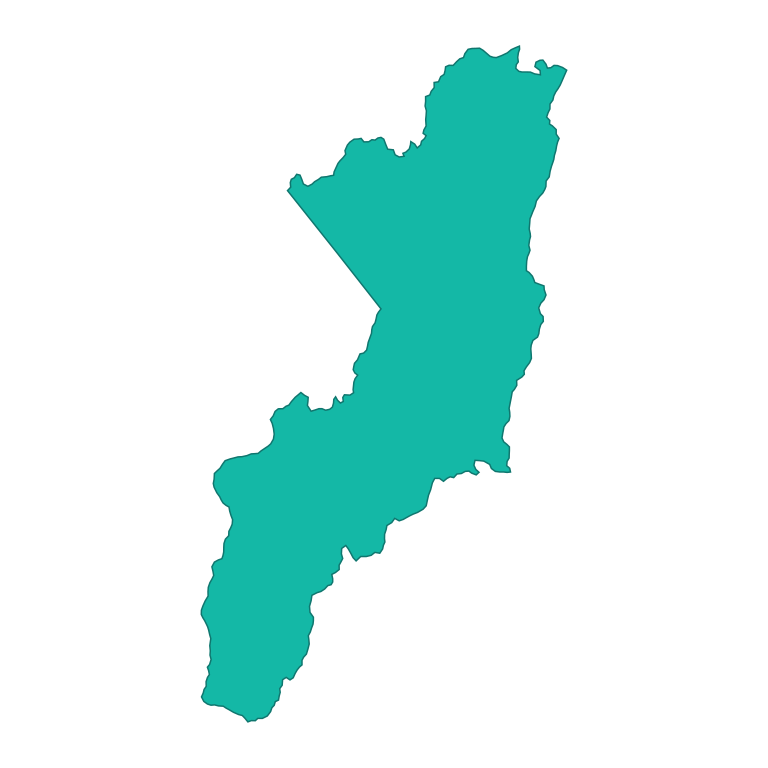 outline of Ibicuí, Bahia, Brazil
{"feature_id": "56859067B84380498054851", "entity_name": "Ibicuí", "entity_type": "district", "adm_level": 2, "iso_a3": "BRA", "parent_name": "Brazil", "parent_adm1": "Bahia", "projection": "albers", "projection_center": [-39.87, -14.661], "detail": "fine", "context": "isolated", "style": "filled", "palette": "teal", "viewbox_px": 768, "rotation_deg": 0, "n_neighbors": 0, "source": "geoboundaries", "source_scale": "gbopen_adm2", "svg_char_len": 5784}
<svg xmlns="http://www.w3.org/2000/svg" viewBox="0 0 768 768"><path d="M543.3,321.4L543.1,316.5L540.4,313.7L538.7,307.9L540.8,303.2L544.0,299.7L546.0,295.0L544.2,289.6L544.0,285.9L539.5,284.3L534.8,282.5L533.8,279.5L532.4,276.2L529.1,272.5L526.4,270.7L526.4,266.3L526.7,261.0L527.5,256.6L528.8,253.7L530.0,250.2L528.8,245.4L529.6,239.8L530.5,236.6L530.2,233.5L529.2,229.0L529.7,223.2L530.0,218.7L531.2,215.8L532.6,212.1L535.1,206.4L536.4,200.9L539.5,196.5L542.8,193.0L544.8,189.4L545.9,186.5L546.1,181.0L549.2,176.9L550.1,171.3L551.5,166.2L552.8,162.5L553.8,159.4L554.4,155.4L555.8,150.7L556.6,145.9L557.6,142.0L559.1,138.4L556.2,134.1L556.2,129.6L552.4,125.9L549.5,124.0L549.8,120.5L546.6,117.1L548.1,112.7L549.9,109.0L550.0,104.0L552.9,100.0L553.8,95.9L555.7,92.0L558.0,88.7L560.2,85.0L561.9,81.2L564.4,75.4L566.7,70.2L562.6,67.5L557.6,65.6L554.0,65.4L550.9,67.7L547.4,68.1L546.0,64.2L542.9,60.1L539.9,60.3L536.0,62.2L534.9,66.6L540.1,70.5L540.4,74.8L534.7,73.9L530.4,72.1L526.5,72.0L521.9,72.0L518.8,71.3L515.8,68.4L516.3,64.6L518.3,61.9L517.7,57.4L518.4,52.7L519.6,49.2L519.4,46.1L514.9,48.0L511.2,49.7L507.3,52.9L501.6,55.6L496.3,57.6L493.2,57.3L489.9,56.2L486.8,53.5L483.2,50.4L479.6,48.2L475.9,48.4L472.0,48.5L468.1,49.3L464.9,53.6L463.5,57.6L459.8,58.8L456.6,61.7L453.2,65.4L449.0,65.3L445.6,66.8L445.1,70.5L444.1,74.4L440.7,76.7L438.5,81.8L434.1,82.5L434.2,87.6L431.2,91.3L429.8,95.0L425.6,96.6L425.6,101.6L425.1,106.0L426.4,110.8L426.1,115.5L425.7,119.6L426.1,126.0L423.9,129.9L423.1,133.3L426.1,135.6L424.6,138.5L421.5,141.3L420.7,144.9L417.2,147.9L414.7,144.1L410.8,141.6L410.5,144.7L409.3,148.9L405.9,152.1L402.9,153.3L404.1,156.3L399.2,157.0L395.1,154.8L393.3,149.8L387.7,149.2L385.7,144.3L383.8,139.2L381.0,137.4L377.9,138.0L375.1,140.1L371.9,139.7L368.7,141.8L363.9,141.9L361.1,138.4L358.2,139.0L354.0,139.2L349.8,142.2L347.4,145.1L345.0,150.6L345.7,154.3L343.1,157.6L339.9,160.9L338.0,163.4L336.2,167.3L334.1,171.9L333.6,175.3L330.5,175.8L326.7,176.7L321.3,177.2L318.5,179.4L314.6,181.7L312.1,184.1L307.9,186.3L303.4,184.0L301.8,179.4L300.0,175.1L296.7,174.3L294.4,177.7L291.3,179.3L290.3,182.6L290.7,187.2L287.5,190.6L336.6,252.3L346.1,264.4L381.0,308.9L378.4,312.3L376.9,315.0L376.1,318.9L375.1,322.8L372.5,326.5L371.8,329.6L371.5,333.3L369.7,338.3L368.2,342.4L367.5,346.3L366.6,350.1L363.6,353.1L360.0,353.9L357.5,359.8L354.5,363.3L353.8,366.4L353.2,369.7L354.9,373.0L357.7,375.1L355.1,378.7L353.9,382.1L353.5,385.9L353.1,389.7L353.6,392.7L350.0,395.1L344.4,394.8L342.8,397.5L343.3,401.5L340.4,403.0L337.5,400.2L335.6,396.8L333.8,399.3L333.5,403.2L332.4,407.1L329.7,409.3L325.6,410.2L322.0,408.7L318.9,408.7L315.1,410.0L311.1,411.2L309.1,408.1L307.4,405.5L307.9,401.6L308.2,397.3L304.6,395.4L300.9,392.5L298.1,394.9L295.2,397.3L291.4,401.6L288.9,405.1L285.9,406.3L282.9,408.7L278.3,408.8L275.1,411.4L273.2,415.9L270.4,419.5L272.2,423.4L273.5,428.6L274.2,434.2L273.4,439.2L270.7,443.9L268.2,446.1L264.6,448.5L260.9,451.0L258.2,453.4L254.5,453.7L251.2,453.9L247.0,455.6L241.9,456.7L238.0,456.9L234.2,457.9L230.2,458.9L225.1,460.7L222.5,464.3L220.0,468.3L217.4,470.6L214.4,473.5L214.1,479.3L213.3,483.5L214.1,487.2L216.8,492.7L219.7,496.7L221.3,500.1L223.1,503.0L226.1,505.4L229.0,507.0L229.7,511.1L231.0,515.5L232.6,519.6L232.2,524.2L230.7,527.8L228.9,531.3L228.7,535.7L225.4,539.2L224.0,543.5L223.8,546.9L223.7,552.0L223.0,555.5L221.9,558.7L218.4,559.9L214.4,562.1L211.9,566.8L213.0,571.4L213.7,575.5L211.9,579.2L209.9,582.7L208.3,587.3L208.0,591.6L208.1,596.1L205.2,600.9L202.9,606.0L201.4,610.2L201.3,614.5L202.9,617.8L204.7,620.7L206.2,623.7L207.7,626.9L208.7,630.2L209.7,634.7L210.8,638.6L210.3,642.0L209.8,645.6L210.3,650.8L210.0,655.1L211.1,659.5L209.6,664.5L207.4,667.2L208.6,670.6L209.4,674.5L207.5,677.4L206.1,681.6L206.2,686.4L204.1,689.4L203.2,693.1L201.5,696.9L203.8,701.4L207.4,704.0L211.0,705.2L214.6,704.9L218.5,705.9L223.3,706.2L226.1,708.1L228.9,709.6L233.5,712.3L238.5,714.5L242.3,715.5L244.9,718.2L247.9,721.9L251.3,720.6L255.3,720.7L257.8,718.4L262.4,718.4L267.3,716.0L270.6,711.6L271.9,707.7L274.2,705.3L275.3,701.6L278.5,700.1L279.2,696.0L280.2,692.3L279.7,688.7L282.2,685.2L282.6,679.7L286.2,677.4L290.0,679.9L293.2,677.8L295.1,673.5L297.2,669.9L299.5,667.0L302.0,664.9L302.0,660.3L303.6,657.2L306.4,654.1L307.9,649.1L309.2,644.0L308.8,639.4L308.3,635.7L310.3,632.0L311.6,627.9L313.0,624.2L313.4,620.6L313.4,617.2L310.0,612.4L309.5,606.3L311.1,600.7L311.9,595.3L317.0,592.7L320.9,591.5L324.7,589.0L327.8,585.6L331.1,584.7L332.7,582.0L332.7,578.8L331.8,574.4L335.6,572.4L339.2,569.5L339.1,565.2L340.9,562.0L342.7,558.5L341.4,553.9L341.7,548.4L345.8,545.5L348.2,548.7L350.7,553.1L353.1,557.7L356.1,560.9L360.7,556.5L366.3,556.5L371.2,555.3L374.9,552.4L379.8,553.2L382.6,549.0L383.4,545.3L384.9,542.0L384.5,538.7L384.6,534.2L386.1,529.7L386.9,525.5L391.7,522.6L394.7,518.4L399.2,520.8L403.3,519.4L405.9,517.9L409.7,515.8L413.2,514.1L417.6,512.4L423.1,509.2L426.2,505.8L427.2,501.0L428.5,495.2L430.6,489.8L432.4,482.8L434.7,478.4L439.5,478.4L443.5,481.3L447.0,478.4L450.1,476.8L453.7,477.6L457.0,474.0L461.4,473.5L465.2,471.4L468.9,471.1L471.6,473.1L476.2,474.9L479.0,472.3L475.8,469.4L473.9,465.2L475.0,460.3L479.4,460.6L483.8,461.1L489.7,464.4L491.4,468.5L495.3,471.4L499.9,472.0L503.7,472.0L507.1,472.4L510.5,472.0L509.7,468.3L506.7,465.7L507.1,461.4L509.1,458.1L509.2,454.4L509.4,450.5L509.4,446.9L506.9,444.4L503.7,441.8L502.0,438.0L502.7,433.6L503.4,430.0L503.9,426.9L506.1,423.5L509.0,420.6L509.9,416.4L509.7,412.2L509.1,408.3L510.2,402.7L511.4,396.6L512.2,391.9L514.5,389.2L516.8,385.3L516.6,380.4L521.9,377.0L524.3,374.3L524.0,370.8L526.3,367.0L529.6,362.6L531.4,358.4L531.2,354.3L530.8,348.9L531.2,345.2L532.9,340.4L537.5,337.1L538.8,333.7L539.4,329.0L540.8,324.5L543.3,321.4Z" fill="#14b8a6" stroke="#0f766e" stroke-width="1.5"/></svg>